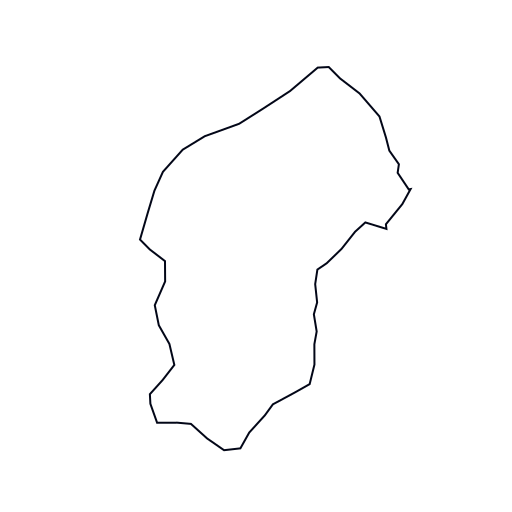 outline of Mönsterås, Kalmar, Sweden, rotated 222°
{"feature_id": "70781695B14809952368056", "entity_name": "Mönsterås", "entity_type": "district", "adm_level": 2, "iso_a3": "SWE", "parent_name": "Sweden", "parent_adm1": "Kalmar", "projection": "albers", "projection_center": [16.333, 57.094], "detail": "fine", "context": "isolated", "style": "outline", "palette": "ink", "viewbox_px": 512, "rotation_deg": 222, "n_neighbors": 0, "source": "geoboundaries", "source_scale": "gbopen_adm2", "svg_char_len": 842}
<svg xmlns="http://www.w3.org/2000/svg" viewBox="0 0 512 512"><g transform="rotate(222 256 256)"><path d="M328.4,445.1L336.2,437.3L341.1,401.3L349.7,369.0L357.0,343.0L374.2,310.8L381.6,286.0L381.5,256.3L375.2,236.6L365.3,215.6L353.2,190.6L339.3,189.8L320.2,191.3L306.5,176.3L298.3,151.7L281.9,139.5L261.5,132.7L243.8,120.4L242.4,101.3L242.4,82.3L235.6,75.5L217.9,65.9L202.9,79.5L192.0,87.7L170.2,87.7L149.8,90.3L147.4,93.0L138.9,102.6L142.9,120.3L142.8,143.5L144.2,157.1L135.9,180.3L130.4,196.7L139.9,214.4L153.6,229.5L160.4,240.5L174.0,251.4L179.5,262.4L193.2,274.7L201.3,287.0L198.6,298.0L197.2,318.5L198.6,340.4L197.2,354.1L177.2,363.4L180.7,366.5L182.0,392.5L185.9,409.2L187.1,407.7L206.4,412.6L211.2,419.8L227.4,423.5L238.7,431.0L257.6,442.3L287.8,446.1L312.3,444.2L328.4,445.1Z" fill="none" stroke="#020617" stroke-width="2"/></g></svg>